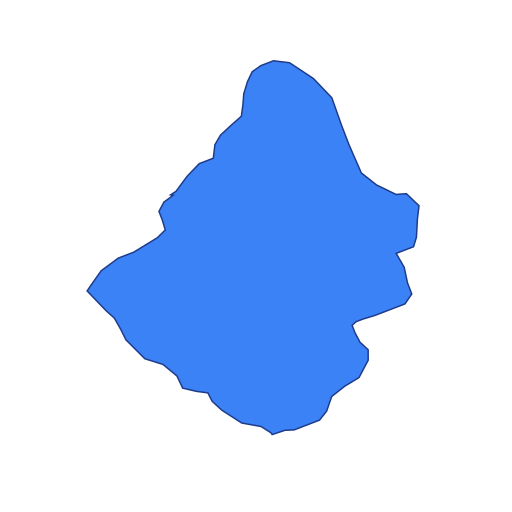 Demir Hisar, Natural Earth projection, rotated 69°
{"feature_id": "MKD-2897", "entity_name": "Demir Hisar", "entity_type": "Statistical Region", "adm_level": 1, "iso_a3": "MKD", "parent_name": "North Macedonia", "parent_adm1": "", "projection": "natural_earth1", "projection_center": [21.134, 41.256], "detail": "fine", "context": "isolated", "style": "filled", "palette": "blue", "viewbox_px": 512, "rotation_deg": 69, "n_neighbors": 0, "source": "natural_earth", "source_scale": "10m", "svg_char_len": 1166}
<svg xmlns="http://www.w3.org/2000/svg" viewBox="0 0 512 512"><g transform="rotate(69 256 256)"><path d="M267.5,85.8L271.8,88.1L279.2,92.0L296.0,99.5L303.8,105.6L303.8,115.5L303.8,124.2L319.6,121.7L335.4,124.2L347.3,124.2L354.1,134.1L354.1,149.0L354.1,166.3L353.2,178.7L353.2,186.1L355.1,191.1L362.9,191.1L373.8,189.8L383.7,184.9L393.5,188.6L406.4,203.4L409.3,219.6L414.3,235.7L426.1,245.6L432.0,255.5L432.0,266.6L432.0,282.7L429.1,291.4L428.5,304.9L426.4,305.4L417.0,312.4L406.8,329.2L387.8,343.1L376.0,349.0L366.5,350.0L361.1,360.0L353.1,371.8L339.7,372.8L323.9,381.7L312.1,396.6L301.1,401.5L287.6,407.5L276.6,408.5L263.2,410.5L253.7,415.4L239.5,421.4L228.1,426.2L225.0,421.8L214.3,405.9L208.6,385.3L208.6,368.7L203.6,341.7L199.2,331.4L189.1,330.6L179.6,330.6L172.7,322.7L169.6,311.6L168.3,313.8L167.0,307.6L160.1,296.8L156.9,291.7L149.4,275.9L149.4,260.8L137.4,254.5L130.4,245.8L124.7,231.5L120.3,219.6L110.3,214.1L100.2,209.3L90.1,201.4L82.6,193.5L80.0,183.2L80.0,169.7L81.3,167.3L87.6,155.4L110.9,138.8L135.5,128.5L164.6,129.3L185.4,129.3L216.2,127.9L232.9,118.0L248.7,103.2L251.7,93.3L267.5,85.8Z" fill="#3b82f6" stroke="#1e3a8a" stroke-width="1.5"/></g></svg>